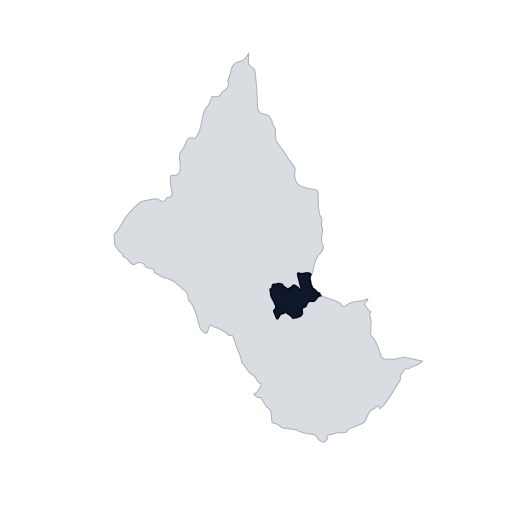 Central African Republic, with Kémo highlighted, rotated 255°
{"feature_id": "CAF-808", "entity_name": "Kémo", "entity_type": "Prefecture", "adm_level": 1, "iso_a3": "CAF", "parent_name": "Central African Republic", "parent_adm1": "", "projection": "orthographic", "projection_center": [19.388, 5.737], "detail": "fine", "context": "in_parent", "style": "filled", "palette": "ink", "viewbox_px": 512, "rotation_deg": 255, "n_neighbors": 0, "source": "natural_earth", "source_scale": "10m", "svg_char_len": 6186}
<svg xmlns="http://www.w3.org/2000/svg" viewBox="0 0 512 512"><g transform="rotate(255 256 256)"><path d="M350.6,192.6L355.0,193.7L355.8,195.1L354.6,199.6L355.5,202.4L358.1,204.7L360.6,205.7L363.1,206.3L371.5,207.7L375.1,209.3L379.8,214.5L385.7,219.3L387.2,221.8L386.9,224.1L385.2,227.0L385.5,228.1L388.2,230.9L391.4,233.8L397.0,236.9L406.8,241.8L411.4,245.1L412.9,247.7L415.4,250.4L419.0,252.9L421.3,254.8L419.8,260.4L420.3,262.2L421.2,263.7L423.2,265.9L424.1,268.7L426.2,272.1L428.6,273.7L432.6,274.2L434.8,275.8L439.2,278.5L443.5,280.9L445.3,282.5L446.5,283.9L447.5,285.7L448.0,287.4L448.1,291.1L448.9,295.7L451.3,298.9L453.4,301.2L444.7,298.6L443.4,298.6L441.8,299.0L437.3,302.4L435.9,302.9L430.1,302.2L416.2,299.8L405.4,297.4L402.2,296.5L396.5,295.7L392.7,297.4L389.2,303.4L388.2,304.6L382.6,306.4L379.9,305.9L373.5,307.6L363.5,305.3L359.9,305.8L357.1,307.0L350.0,309.8L345.6,311.3L340.5,312.8L335.7,314.9L332.5,316.1L329.3,316.2L326.4,315.0L323.3,313.9L319.5,313.8L315.6,314.4L312.3,316.8L311.0,318.5L308.1,323.0L304.8,330.3L303.4,331.7L302.2,332.5L286.5,328.9L279.8,328.1L275.2,329.3L269.5,327.3L267.0,326.9L265.8,327.5L262.6,326.6L257.4,324.2L252.4,323.1L248.0,323.5L245.3,322.7L243.1,320.3L240.2,315.8L235.1,311.5L228.3,307.9L224.0,305.3L222.3,303.5L218.6,302.5L212.9,302.3L207.5,304.1L199.7,309.6L192.5,320.8L188.5,325.2L185.2,326.3L184.4,329.0L186.0,333.3L186.4,338.3L185.3,346.7L185.7,352.9L184.0,351.9L182.3,349.0L181.5,348.4L176.8,349.7L174.3,350.9L173.0,352.0L171.9,352.2L170.4,350.6L169.2,350.3L167.4,350.6L165.4,350.6L164.2,350.4L163.4,350.5L161.1,349.6L152.9,347.2L151.5,346.4L149.8,346.5L145.6,348.5L143.3,349.1L136.5,350.3L129.2,350.9L126.5,350.9L124.5,351.8L123.3,353.1L121.0,360.9L120.4,362.2L120.5,364.2L119.9,370.5L120.1,372.5L111.4,389.6L109.9,386.7L109.1,383.4L108.7,379.5L108.9,378.5L108.4,377.3L107.6,374.2L108.3,372.2L107.8,370.0L106.1,367.9L104.6,366.3L103.7,364.9L102.9,364.3L101.2,364.0L99.0,363.3L89.3,353.1L79.3,341.7L77.3,338.0L76.5,335.9L79.0,335.7L79.6,335.3L79.6,334.3L78.1,331.4L77.4,327.7L76.2,325.4L72.3,321.9L68.5,319.2L67.4,317.9L66.7,315.9L65.3,303.6L64.7,300.2L63.5,298.6L62.7,297.9L62.4,297.0L62.6,294.9L63.1,292.9L63.0,292.2L64.1,290.5L64.2,279.1L63.0,277.6L60.7,277.5L59.5,275.8L58.6,273.8L58.9,272.3L61.1,270.0L62.5,269.1L66.8,267.3L68.0,266.4L68.8,265.3L69.3,263.8L71.8,258.0L75.5,252.2L77.1,251.0L80.9,242.5L81.8,240.3L82.4,238.2L83.6,236.4L87.7,233.5L90.8,228.5L94.1,228.8L97.5,229.6L101.9,230.0L105.3,229.1L107.5,227.1L118.1,223.8L118.9,221.0L120.6,219.6L122.5,218.4L123.2,218.2L123.3,219.1L124.5,222.0L126.9,224.8L130.4,227.9L131.4,227.7L133.6,225.4L139.1,223.9L140.5,223.3L144.5,219.9L149.2,217.7L152.0,217.0L156.7,214.7L160.1,215.0L165.5,214.7L174.6,213.6L181.2,213.3L184.5,212.9L185.3,212.4L186.6,209.1L187.6,208.2L190.1,206.8L194.9,201.9L198.1,197.7L199.0,196.2L199.7,196.0L201.0,194.2L199.7,192.4L194.3,188.7L194.4,188.2L194.1,187.6L194.4,187.0L196.4,185.5L199.2,183.8L202.2,183.2L209.9,183.3L216.4,183.0L218.0,183.0L223.1,182.2L226.6,181.4L230.2,179.6L238.4,179.8L245.2,175.2L247.1,174.4L248.0,173.7L248.2,173.0L251.4,171.2L254.9,167.5L257.7,164.1L258.5,161.8L266.1,153.8L268.8,153.9L270.1,152.9L273.1,147.6L274.0,146.6L277.2,145.7L278.7,144.1L280.0,141.7L280.0,138.8L279.3,136.5L279.3,135.4L280.1,134.3L281.3,133.3L287.1,130.4L288.5,129.0L289.4,127.8L291.0,127.5L292.8,127.7L293.9,126.9L295.2,125.6L299.2,123.8L302.9,122.4L306.8,123.0L313.9,124.7L316.1,128.5L317.1,129.8L326.0,138.7L327.7,140.8L332.2,147.3L334.9,151.7L338.0,158.0L338.3,161.5L338.0,164.4L337.5,172.8L336.7,175.2L332.9,179.7L332.7,181.8L333.6,183.4L334.7,184.1L335.5,185.0L335.1,188.9L336.5,190.4L339.4,191.4L346.7,192.0L350.6,192.6Z" fill="#d9dde1" stroke="#a8b0b8" stroke-width="1"/><path d="M223.8,304.4L223.6,304.0L223.3,303.6L222.8,303.3L221.4,302.6L220.5,302.4L219.9,302.1L219.6,302.1L216.1,302.0L215.0,301.5L214.4,301.6L213.4,302.1L212.8,302.1L210.8,302.1L210.1,302.3L209.7,302.7L209.0,303.6L206.3,305.3L204.9,305.9L204.7,306.2L204.2,307.0L203.6,307.8L203.1,307.9L201.7,307.9L201.2,308.1L200.9,308.3L200.8,307.4L200.9,306.4L200.4,305.1L197.6,301.3L197.4,300.5L197.3,299.8L197.5,299.1L198.3,296.7L198.4,296.0L198.3,295.5L198.1,294.8L197.4,293.6L197.0,293.1L196.7,292.8L196.1,292.5L195.0,291.7L194.5,291.1L194.2,290.5L193.7,287.5L193.5,287.0L193.2,286.8L189.7,286.2L189.2,286.2L188.1,285.7L186.5,283.8L186.2,282.2L186.2,280.8L186.1,280.3L185.9,279.5L185.9,278.9L186.0,278.4L186.3,277.5L186.4,277.0L186.3,276.5L186.2,275.9L186.2,275.7L186.3,275.5L187.9,274.9L188.5,274.5L189.5,273.9L190.0,273.6L191.7,272.0L192.7,271.2L193.3,270.6L193.5,270.5L194.5,270.1L194.8,269.7L194.9,269.4L194.9,269.2L194.6,269.1L194.0,268.8L193.7,268.6L193.6,268.2L193.5,267.6L193.4,266.8L193.5,265.1L193.4,264.6L193.1,264.2L190.3,261.4L189.9,260.8L189.8,260.5L189.9,260.3L189.9,260.2L190.1,259.8L197.0,258.9L198.1,258.9L198.8,259.1L199.1,259.5L199.4,260.2L199.9,260.9L200.4,261.3L201.2,261.7L202.3,262.1L203.0,262.2L203.6,262.1L204.9,261.8L207.0,261.6L211.9,260.3L213.9,260.2L220.3,261.0L220.2,261.8L220.3,262.2L220.4,262.5L220.6,262.7L220.9,263.0L221.2,263.2L221.5,263.4L222.5,263.8L222.9,264.0L223.6,264.5L224.1,265.2L224.2,265.7L224.1,266.3L223.5,267.8L223.4,268.4L223.5,268.8L223.9,269.4L223.9,269.7L223.7,270.0L223.1,270.5L222.9,270.9L223.0,271.1L223.3,271.7L223.2,271.9L223.1,272.1L222.8,272.4L222.6,272.8L222.2,273.4L221.7,274.2L221.6,274.3L221.4,274.4L221.1,274.4L220.6,274.3L220.4,274.3L220.2,274.3L219.8,274.4L219.6,274.5L219.4,274.7L219.4,274.8L219.2,275.1L218.8,275.5L216.3,277.6L215.8,278.1L215.8,278.5L216.6,281.3L216.6,281.7L216.6,281.9L216.6,282.0L216.2,282.4L216.2,282.5L216.3,282.8L217.6,283.2L217.9,283.5L218.0,283.9L218.0,284.9L217.9,285.5L217.5,286.1L214.7,288.4L214.3,288.6L212.9,288.8L212.6,288.9L212.3,289.1L212.0,289.4L212.0,289.7L212.1,289.8L212.3,290.0L212.5,290.2L212.7,290.4L213.0,291.1L213.6,291.2L226.5,291.3L228.1,291.6L228.6,292.0L228.6,292.4L228.5,292.8L228.4,293.1L228.3,293.3L228.0,293.7L227.8,293.9L227.4,294.8L227.2,295.3L227.0,295.6L226.9,296.2L226.9,298.1L226.7,298.7L226.7,299.1L226.7,300.0L226.1,302.2L225.6,303.1L225.2,303.6L224.8,303.8L224.5,303.9L223.9,304.4L223.8,304.4Z" fill="#0f172a" stroke="#020617" stroke-width="1.5"/></g></svg>